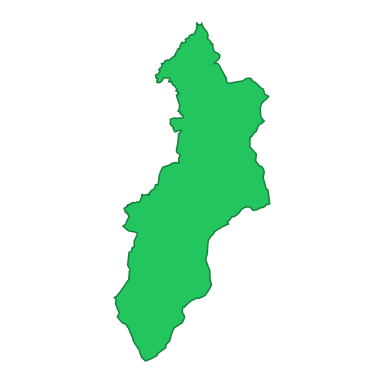 Dorna Candrenilor, Suceava, Romania
{"feature_id": "2599482B89880311826844", "entity_name": "Dorna Candrenilor", "entity_type": "district", "adm_level": 2, "iso_a3": "ROU", "parent_name": "Romania", "parent_adm1": "Suceava", "projection": "orthographic", "projection_center": [25.224, 47.307], "detail": "fine", "context": "isolated", "style": "filled", "palette": "green", "viewbox_px": 384, "rotation_deg": 0, "n_neighbors": 0, "source": "geoboundaries", "source_scale": "gbopen_adm2", "svg_char_len": 5946}
<svg xmlns="http://www.w3.org/2000/svg" viewBox="0 0 384 384"><path d="M269.7,203.8L269.2,199.0L268.5,194.7L268.4,193.0L268.1,192.0L268.1,190.4L267.7,190.2L265.7,187.7L265.5,186.3L263.1,177.4L264.3,172.2L263.5,169.5L261.9,166.7L259.0,165.5L256.7,162.2L255.6,160.9L256.4,154.1L249.9,147.0L250.0,137.3L250.7,137.1L251.7,136.6L254.0,133.0L254.6,132.3L255.5,132.2L256.3,131.2L257.5,127.7L258.7,125.2L259.4,124.4L261.3,123.6L264.3,121.1L263.0,120.0L262.6,119.2L261.7,118.1L260.9,116.9L260.7,115.9L260.6,114.9L260.4,113.8L260.4,112.7L260.7,112.2L260.6,111.7L260.5,111.0L260.4,110.4L260.2,110.1L260.0,109.5L261.4,103.5L267.7,97.7L268.6,96.3L267.8,96.1L266.4,95.1L265.1,94.3L264.8,94.0L264.4,93.6L264.1,92.3L263.9,91.1L263.8,90.6L263.2,89.8L263.3,89.2L262.9,89.2L260.2,87.2L255.2,82.3L253.9,82.1L251.9,80.0L251.0,78.5L249.0,78.3L248.1,78.1L247.4,78.2L246.2,78.8L245.2,79.0L244.3,79.9L243.2,80.7L242.0,81.1L241.2,81.2L240.7,81.2L240.6,81.3L237.8,81.7L228.4,83.4L227.9,83.4L226.4,80.9L226.4,78.5L221.0,68.8L220.3,67.1L218.1,63.9L217.2,63.4L215.7,63.1L214.1,63.5L218.7,58.9L219.4,57.9L219.7,56.6L219.8,55.3L218.0,53.5L215.6,52.3L214.1,51.2L213.7,50.4L213.0,48.3L212.7,43.9L211.4,43.9L211.3,43.4L210.9,42.0L209.5,40.5L209.0,39.8L208.3,39.1L207.3,38.4L208.1,36.1L207.5,33.3L207.1,32.2L206.6,31.4L205.8,30.8L204.6,29.0L203.3,27.5L201.8,23.5L201.6,23.9L200.9,24.6L199.5,25.2L198.3,24.6L197.5,23.5L197.0,23.0L196.6,23.6L196.5,24.3L197.0,24.6L197.4,25.2L197.1,26.5L196.6,26.9L196.6,27.2L196.5,27.8L196.8,28.7L196.8,29.0L196.3,30.0L195.3,31.3L194.8,32.9L193.5,34.4L191.9,34.5L191.0,34.8L190.1,35.3L189.7,35.9L189.2,36.2L188.9,37.2L188.4,37.7L187.6,38.3L186.4,38.5L185.3,39.5L185.9,42.0L183.6,42.9L183.1,42.9L182.5,42.3L182.1,42.2L180.1,45.4L180.1,47.0L180.0,47.4L179.8,47.9L180.3,48.0L180.3,48.3L179.5,48.6L178.9,48.5L178.5,48.7L177.4,49.6L177.6,50.6L177.0,51.3L176.2,52.4L175.6,53.8L174.7,55.2L175.3,55.8L173.7,56.9L172.0,57.5L171.1,58.6L169.5,59.9L168.6,60.4L167.6,60.0L165.3,60.6L164.6,61.9L164.3,62.9L163.0,63.4L161.5,63.6L162.0,64.8L162.0,65.8L161.9,66.6L161.0,67.5L159.5,68.8L158.8,69.9L160.1,70.6L160.0,71.2L159.6,71.8L158.9,73.1L158.3,74.4L156.3,74.4L155.7,75.2L155.7,76.5L156.1,77.4L156.3,78.2L157.6,78.4L157.1,80.2L157.0,82.5L158.6,82.8L160.8,82.0L162.2,80.5L163.5,77.8L169.6,78.0L169.4,79.9L168.7,81.6L169.7,82.1L171.4,81.3L172.0,83.3L172.9,85.0L173.3,85.3L175.0,85.8L175.4,87.3L177.3,89.4L175.9,90.9L176.5,91.2L176.9,91.6L177.9,92.0L177.9,92.6L178.4,92.4L178.9,93.6L178.1,93.7L177.8,95.3L176.6,95.0L176.5,95.6L177.1,97.1L177.7,99.9L178.4,101.2L179.2,103.9L179.8,105.1L179.7,105.6L179.8,106.1L179.3,106.8L179.4,107.2L179.3,107.7L179.4,108.2L179.5,108.8L179.3,109.2L178.7,109.8L178.0,111.0L178.9,111.4L180.3,111.9L180.2,112.8L179.8,113.4L181.4,114.1L182.0,114.3L181.9,114.8L181.7,115.2L183.7,116.5L183.8,116.9L183.1,117.7L182.0,118.2L181.0,118.2L180.2,117.9L177.9,118.3L174.8,118.1L173.6,118.2L172.8,118.3L170.3,119.4L170.4,120.4L170.4,121.7L170.5,122.6L170.2,123.3L170.3,124.2L173.6,127.9L173.2,128.4L173.6,129.3L174.7,131.7L175.2,131.9L176.4,131.6L177.8,130.6L179.3,130.3L181.2,130.5L181.5,130.6L179.9,132.4L178.5,134.2L178.5,135.9L177.9,142.8L176.4,150.3L176.7,152.2L178.0,153.1L179.4,154.1L179.8,155.9L178.9,157.7L178.7,160.9L179.0,161.9L179.1,162.9L178.1,163.2L176.8,162.5L175.2,162.6L173.8,162.8L172.6,163.2L171.0,163.9L169.8,164.9L163.0,167.2L162.3,168.0L159.4,174.7L158.1,184.5L155.5,184.8L155.0,187.0L154.3,188.6L153.5,189.3L151.5,190.4L149.9,192.2L149.5,192.9L149.5,193.9L149.7,194.7L148.6,195.4L148.4,194.1L146.5,194.8L145.4,194.9L144.5,195.1L144.2,195.2L142.4,195.0L142.4,194.5L141.7,194.8L141.5,195.3L141.7,196.0L141.9,197.0L141.8,197.9L141.1,198.5L140.5,199.3L140.3,200.6L139.8,201.4L138.8,202.1L137.4,202.1L136.5,202.0L135.6,202.7L134.8,202.9L133.8,202.6L132.9,202.4L132.2,203.2L130.4,203.5L130.4,204.5L129.2,205.0L128.6,204.5L127.2,205.3L127.4,206.4L124.6,208.0L124.2,208.4L124.4,209.2L125.6,212.5L127.0,212.4L127.2,214.0L128.4,214.7L128.8,217.1L128.8,217.9L127.6,219.2L126.3,222.3L125.8,224.2L123.0,226.1L127.9,230.4L130.2,231.3L133.6,231.7L137.2,232.6L137.3,233.2L136.7,235.9L135.7,238.1L134.3,240.5L134.2,242.2L134.3,246.4L133.5,246.6L133.0,247.6L131.8,248.2L131.9,249.9L131.3,251.4L130.3,251.7L129.7,251.9L128.9,252.9L128.8,254.6L128.0,261.8L127.7,265.3L128.7,267.1L130.2,269.7L129.2,271.4L129.4,274.3L128.8,276.2L129.0,279.2L126.8,282.1L123.9,286.6L120.6,291.2L116.8,296.1L114.3,297.6L116.2,299.8L115.5,303.1L116.7,306.9L118.1,310.3L119.4,312.9L117.3,316.8L120.9,321.2L122.7,323.1L126.2,324.3L126.8,326.0L128.6,328.2L130.4,332.9L132.2,336.5L133.4,340.8L135.9,345.2L139.3,350.1L139.7,351.9L141.6,357.4L145.5,361.0L151.2,358.7L156.8,355.7L158.1,353.2L165.7,347.8L166.1,344.7L169.6,340.9L171.9,332.7L173.5,329.0L174.2,327.9L175.6,326.9L177.5,325.8L179.1,324.6L181.9,323.0L182.4,322.3L182.9,321.3L183.2,320.6L184.1,318.7L184.4,317.7L184.5,316.4L183.8,314.8L182.8,313.4L182.3,312.0L182.6,309.7L182.6,308.3L183.0,307.0L183.7,307.2L184.6,307.1L186.0,305.2L190.5,301.3L191.7,300.5L192.9,299.8L194.1,299.6L195.9,298.3L196.9,298.0L198.3,298.4L199.5,298.1L203.3,296.4L204.6,295.7L205.7,294.4L207.2,292.4L208.7,290.3L210.8,286.4L211.2,285.6L211.3,284.6L211.1,283.4L210.1,279.4L209.7,270.5L207.5,264.9L205.6,259.3L207.3,253.8L207.7,245.8L208.2,241.2L208.8,239.7L210.1,237.3L211.3,236.0L213.6,233.6L214.4,232.1L216.8,230.1L218.8,228.9L220.4,228.1L222.9,226.5L226.4,224.8L228.5,224.0L227.4,222.2L230.2,219.3L231.8,216.6L232.7,216.8L233.8,216.7L234.9,216.2L237.1,214.7L239.8,212.0L240.3,211.1L240.6,210.3L241.7,209.5L242.4,208.9L243.9,207.9L244.7,207.5L245.6,207.2L247.0,206.9L248.1,206.7L250.0,207.4L251.4,208.3L251.5,208.7L252.5,209.9L253.1,210.3L254.3,210.3L255.5,209.9L256.1,209.9L256.9,209.7L257.2,209.6L257.9,209.0L258.6,208.8L259.3,208.7L259.5,207.9L259.8,207.7L260.2,207.6L261.4,207.8L261.8,207.8L262.6,207.6L263.6,207.2L264.8,206.5L265.7,205.0L266.2,204.8L266.7,204.8L269.7,203.8Z" fill="#22c55e" stroke="#15803d" stroke-width="1.5"/></svg>